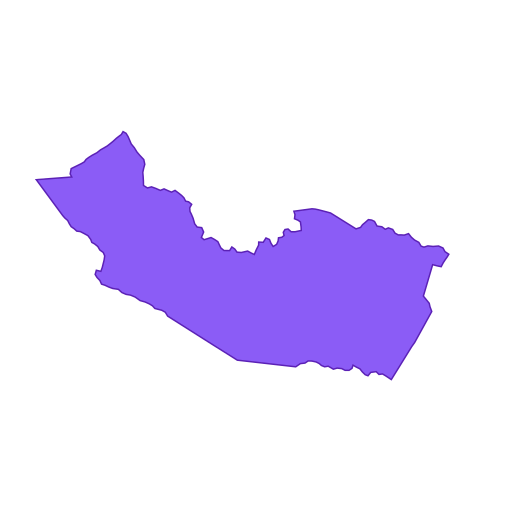 the district of Riachão do Dantas, Sergipe, Brazil, rotated 341°
{"feature_id": "56859067B70270123986281", "entity_name": "Riachão do Dantas", "entity_type": "district", "adm_level": 2, "iso_a3": "BRA", "parent_name": "Brazil", "parent_adm1": "Sergipe", "projection": "mercator", "projection_center": [-37.805, -11.019], "detail": "fine", "context": "isolated", "style": "filled", "palette": "violet", "viewbox_px": 512, "rotation_deg": 341, "n_neighbors": 0, "source": "geoboundaries", "source_scale": "gbopen_adm2", "svg_char_len": 2807}
<svg xmlns="http://www.w3.org/2000/svg" viewBox="0 0 512 512"><g transform="rotate(341 256 256)"><path d="M431.9,306.0L426.5,304.6L421.8,302.4L417.7,302.3L415.3,300.4L414.4,296.1L411.1,292.5L409.0,288.8L407.5,284.5L403.0,284.5L400.1,283.3L397.4,282.4L394.9,279.7L393.9,275.4L390.3,272.5L386.9,272.8L384.5,269.3L380.2,267.1L379.3,261.9L377.1,259.7L374.1,258.2L369.8,260.0L366.9,261.1L364.2,263.0L359.4,262.9L340.5,239.6L336.4,236.8L329.9,232.5L327.2,230.9L324.3,229.6L306.4,226.0L306.3,229.7L304.5,233.3L307.3,235.8L309.1,238.2L308.1,243.2L307.1,246.6L304.1,246.2L300.8,245.8L297.1,244.5L295.1,240.9L292.0,240.4L289.5,242.5L289.2,245.8L286.5,246.7L283.2,246.1L281.8,249.0L279.3,251.7L275.3,252.6L274.3,248.8L274.1,244.8L271.3,242.2L267.3,245.4L263.1,243.7L262.0,246.6L258.2,250.3L254.9,254.0L252.3,251.5L249.7,248.6L243.3,247.9L239.3,246.2L238.2,242.5L236.1,239.6L232.8,242.3L227.5,240.4L225.4,236.9L225.0,233.8L224.6,230.0L222.1,226.8L219.5,223.9L215.6,223.8L212.2,223.7L210.4,220.7L214.3,216.3L213.9,211.5L209.8,209.5L208.5,205.6L208.8,199.8L208.5,195.4L208.1,192.4L209.0,188.9L212.0,186.2L209.9,182.8L207.3,181.2L206.8,177.5L205.3,174.4L203.3,171.3L200.8,167.6L196.9,168.1L194.3,165.8L190.9,162.6L186.9,162.8L183.3,159.5L179.7,156.6L175.5,156.3L172.6,152.7L174.0,148.3L175.2,144.0L176.2,140.1L178.4,136.4L180.7,133.1L181.3,128.3L178.9,123.0L177.3,118.9L176.2,114.0L174.5,109.4L174.2,105.0L173.9,101.4L173.1,97.7L170.8,95.1L168.2,97.3L165.3,98.2L162.4,99.2L158.3,101.0L155.0,102.2L151.3,103.5L147.4,104.3L143.6,105.0L139.1,106.6L133.9,107.4L129.7,108.4L126.7,109.4L124.3,111.1L120.9,111.8L115.4,112.5L109.7,113.2L107.0,117.9L107.5,121.3L73.1,112.3L86.4,154.8L87.6,157.8L89.5,161.1L90.0,164.8L90.8,168.1L93.0,171.1L94.6,174.1L97.8,175.7L100.5,178.5L103.7,182.0L105.1,186.5L105.2,189.7L107.3,192.0L109.5,195.5L110.3,199.5L112.7,202.9L113.0,206.6L111.1,210.3L108.9,213.7L106.9,216.8L104.3,220.0L100.4,217.5L97.9,221.1L98.7,224.6L100.4,228.3L100.8,232.3L103.7,234.5L106.8,237.5L110.0,240.1L115.0,242.7L117.3,246.9L120.7,250.0L124.6,252.1L128.4,255.5L131.9,260.4L136.2,263.4L139.6,266.6L141.9,269.4L143.3,272.7L146.2,274.6L149.2,276.6L151.9,279.6L152.9,284.1L180.4,318.5L187.2,327.0L204.4,348.4L257.5,373.7L262.9,372.2L267.5,373.2L271.1,372.2L274.6,373.5L278.4,375.8L280.8,378.3L282.2,380.8L284.8,383.1L288.4,383.7L292.3,388.2L296.2,388.4L300.4,390.4L303.0,393.1L306.7,394.4L310.2,393.5L312.2,390.8L314.6,393.6L317.5,396.5L318.8,400.2L320.6,403.8L322.9,405.7L326.6,403.4L332.0,404.5L333.7,408.0L337.2,408.7L339.4,411.3L341.5,414.0L343.7,416.9L354.5,408.1L373.7,392.4L377.9,389.4L404.1,365.7L404.0,360.5L404.4,357.1L401.2,348.4L420.2,321.7L423.8,324.1L427.6,326.4L430.9,323.3L434.0,320.9L436.4,319.2L438.9,317.1L436.1,313.4L435.4,309.3L431.9,306.0Z" fill="#8b5cf6" stroke="#5b21b6" stroke-width="1.5"/></g></svg>